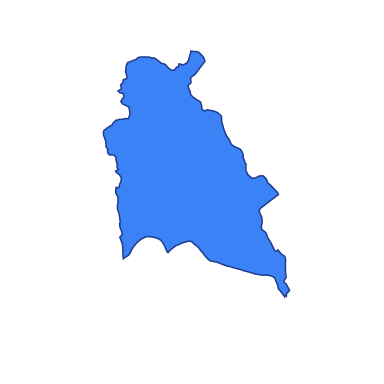 Nzerekore, Nzérékoré, Guinea (Natural Earth projection), rotated 320°
{"feature_id": "49546643B90650861539484", "entity_name": "Nzerekore", "entity_type": "district", "adm_level": 2, "iso_a3": "GIN", "parent_name": "Guinea", "parent_adm1": "Nzérékoré", "projection": "natural_earth1", "projection_center": [-8.827, 7.893], "detail": "fine", "context": "isolated", "style": "filled", "palette": "blue", "viewbox_px": 384, "rotation_deg": 320, "n_neighbors": 0, "source": "geoboundaries", "source_scale": "gbopen_adm2", "svg_char_len": 4177}
<svg xmlns="http://www.w3.org/2000/svg" viewBox="0 0 384 384"><g transform="rotate(320 192 192)"><path d="M165.4,88.3L164.8,88.1L163.3,88.6L162.0,89.9L161.8,90.1L160.6,92.1L159.9,94.2L158.7,97.3L157.9,98.5L156.7,100.4L155.2,102.0L155.0,104.8L153.2,107.0L152.5,108.5L152.5,110.4L155.4,113.0L156.1,114.2L155.9,116.4L154.1,119.2L153.4,120.7L152.5,122.6L150.5,124.8L149.8,127.4L148.4,127.3L146.9,126.8L146.6,127.8L147.2,130.7L147.4,132.9L147.2,134.9L146.6,136.1L145.6,137.2L144.0,138.3L141.6,139.6L140.3,140.5L139.3,141.3L137.6,141.0L136.9,139.6L135.2,141.2L133.4,142.9L132.4,145.8L132.5,147.3L131.8,148.6L130.1,150.7L127.7,153.4L126.7,153.8L124.0,157.0L122.8,160.1L122.2,161.9L117.7,168.9L116.3,169.6L115.2,171.1L113.9,173.3L113.4,175.0L113.0,176.4L112.5,177.3L111.2,179.8L107.7,180.1L106.3,184.2L104.8,187.8L103.5,189.6L102.4,191.1L99.7,194.6L97.7,197.1L96.5,199.0L97.5,198.9L98.6,199.1L99.9,199.2L101.7,199.6L103.3,199.5L104.7,199.2L106.3,198.5L107.6,198.0L108.2,197.5L109.1,197.4L110.5,196.8L112.3,196.3L114.5,195.9L116.4,195.6L118.1,195.4L120.1,195.4L122.1,195.4L123.7,195.7L126.2,196.3L127.3,196.6L128.6,197.1L130.6,198.8L132.3,200.5L133.5,202.2L135.0,203.9L136.2,206.4L137.1,208.9L137.1,210.9L136.7,213.5L136.4,216.0L135.6,217.8L135.0,219.7L134.4,222.5L134.9,223.1L136.0,222.9L138.2,222.5L141.8,222.6L145.5,222.9L147.7,223.7L150.0,224.2L151.6,224.8L153.5,225.5L155.4,226.3L156.8,227.1L158.6,228.0L159.7,229.8L160.1,231.3L160.1,233.3L160.7,235.2L160.8,236.2L161.3,238.7L161.1,240.6L161.1,241.7L161.0,242.7L161.1,245.4L160.9,248.7L160.9,251.1L161.2,254.6L161.8,256.8L163.2,258.1L164.0,259.6L165.3,260.6L166.6,263.0L168.5,266.5L170.1,269.3L171.6,271.8L173.4,273.9L174.5,275.6L175.7,277.6L176.5,278.5L177.4,279.9L177.9,280.9L178.9,281.8L179.6,283.0L180.6,284.9L181.4,286.1L182.8,288.1L183.9,289.6L186.0,292.7L187.8,295.6L189.4,297.4L191.2,299.6L192.8,301.2L194.8,302.9L196.5,304.4L198.3,306.6L199.7,309.1L200.0,311.2L199.0,314.2L198.3,316.7L197.7,318.3L196.7,320.2L195.7,322.3L196.1,324.0L195.9,326.7L195.8,329.4L195.7,331.2L195.6,331.9L196.8,331.2L197.3,332.5L198.0,331.8L198.5,331.3L198.8,330.9L199.5,330.3L200.6,330.7L201.5,330.0L201.8,330.1L203.0,330.4L203.6,330.0L204.2,327.0L205.0,322.7L204.5,321.0L204.7,319.7L205.5,319.1L209.3,317.9L211.9,313.8L216.7,307.8L216.9,307.7L219.6,304.7L220.0,304.2L221.2,302.4L221.7,300.7L221.3,299.3L220.3,296.3L220.5,295.2L220.6,294.4L220.7,293.5L220.5,291.4L218.6,291.8L218.0,291.3L217.8,290.0L217.8,289.8L218.2,288.0L220.0,280.8L220.3,278.2L220.5,275.9L222.4,271.0L222.3,269.2L221.9,267.6L221.6,266.1L221.6,265.7L221.7,264.6L222.9,263.1L223.1,262.8L223.3,262.7L226.5,260.2L229.2,256.3L230.7,250.9L231.8,249.4L232.4,249.0L232.5,249.0L233.4,248.5L238.2,248.7L238.5,248.7L247.9,249.1L255.0,249.4L256.6,249.5L256.9,248.5L257.2,247.6L256.5,235.8L255.7,234.6L257.2,230.2L257.1,225.6L254.2,223.1L249.9,222.0L247.0,220.4L245.9,215.0L247.2,209.9L251.4,205.3L251.2,205.0L251.7,202.8L252.4,201.6L253.3,198.5L254.9,196.8L256.0,194.1L256.6,190.7L255.7,188.4L253.6,184.2L252.7,180.7L254.1,176.2L254.6,170.9L256.2,165.7L259.8,157.5L263.3,152.8L262.8,148.0L261.2,144.7L256.7,138.9L253.5,137.8L252.7,135.5L254.9,131.8L256.3,128.9L256.1,127.4L255.2,125.2L254.6,123.0L253.8,119.7L253.5,116.6L255.2,113.9L256.1,110.3L257.6,107.9L261.4,107.7L264.5,103.5L270.4,103.8L273.7,103.0L277.1,102.2L282.0,101.1L286.1,100.2L287.5,95.9L287.5,94.8L287.3,93.2L287.2,90.9L286.6,88.4L281.6,83.3L281.0,84.2L279.6,84.9L277.5,86.4L273.9,89.0L270.6,89.8L267.0,89.0L264.5,85.5L263.3,86.3L262.0,87.3L260.1,86.3L259.3,86.9L257.4,87.2L255.8,86.7L254.2,84.8L253.5,80.4L253.5,76.9L251.1,73.4L250.5,69.1L249.3,65.1L247.6,63.8L245.7,60.9L243.1,58.6L239.5,55.6L237.0,54.3L234.6,54.5L230.0,52.9L225.7,51.5L222.5,53.2L221.1,54.6L218.6,57.0L217.1,60.1L215.9,63.1L214.0,62.7L211.2,61.9L209.9,63.7L207.9,63.8L205.8,64.3L204.7,67.2L203.2,67.6L200.3,66.9L200.4,69.4L202.7,72.7L200.9,75.4L198.3,75.9L195.6,77.0L195.4,79.7L198.2,86.3L197.6,87.5L195.3,91.6L192.8,93.7L189.9,94.8L188.2,92.8L185.1,91.4L183.9,90.3L183.2,89.6L182.1,89.5L179.9,88.1L175.7,88.5L173.6,89.4L172.1,88.8L170.2,88.8L168.3,88.4L167.3,88.4L165.8,88.4L165.4,88.3Z" fill="#3b82f6" stroke="#1e3a8a" stroke-width="1.5"/></g></svg>